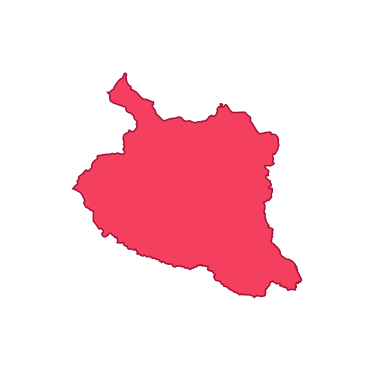 outline of Ribaue, Nampula, Mozambique, rotated 240°
{"feature_id": "85939544B68369930448432", "entity_name": "Ribaue", "entity_type": "district", "adm_level": 2, "iso_a3": "MOZ", "parent_name": "Mozambique", "parent_adm1": "Nampula", "projection": "mercator", "projection_center": [38.027, -15.017], "detail": "fine", "context": "isolated", "style": "filled", "palette": "rose", "viewbox_px": 384, "rotation_deg": 240, "n_neighbors": 0, "source": "geoboundaries", "source_scale": "gbopen_adm2", "svg_char_len": 6033}
<svg xmlns="http://www.w3.org/2000/svg" viewBox="0 0 384 384"><g transform="rotate(240 192 192)"><path d="M129.0,241.5L133.7,242.7L136.9,244.6L137.4,244.1L139.7,244.9L140.3,245.4L140.1,245.9L140.4,246.2L144.0,248.4L146.9,248.8L147.3,249.3L146.7,250.6L147.3,253.2L146.3,254.3L147.6,258.1L148.6,258.8L150.4,259.3L151.7,261.2L153.5,262.6L155.1,263.2L155.5,262.7L155.6,261.1L156.3,260.7L157.4,260.6L157.9,261.3L157.4,263.0L159.0,264.5L160.1,264.3L161.9,265.1L162.9,265.1L164.4,263.7L165.6,263.9L167.5,263.0L167.8,263.1L169.2,264.5L169.1,265.0L168.1,265.9L168.1,266.5L169.9,267.1L171.3,268.8L172.3,268.9L175.3,267.8L177.9,267.5L178.2,268.1L177.7,268.6L177.1,270.9L175.6,272.6L175.2,275.1L175.4,277.2L176.3,277.4L177.7,276.9L180.3,279.2L181.5,279.6L182.6,279.4L184.2,280.7L184.2,281.3L183.4,282.4L183.6,283.5L185.5,286.2L185.9,287.5L187.2,288.4L189.4,290.8L191.9,291.3L192.6,292.1L195.1,293.4L196.6,293.7L198.2,293.4L200.3,292.7L202.3,289.8L203.0,289.7L203.8,290.1L205.0,289.5L206.8,285.2L208.3,280.2L208.9,279.6L211.7,278.7L221.5,278.4L223.9,278.0L224.9,278.3L226.1,279.4L228.1,279.8L231.1,278.4L233.4,278.1L235.0,277.2L239.1,269.3L240.9,266.6L244.1,265.7L249.7,265.5L250.5,265.2L250.7,264.7L250.5,263.2L249.8,261.9L250.4,260.6L251.4,260.2L252.3,262.1L253.8,261.5L254.1,260.4L252.7,259.9L251.7,258.9L251.8,258.2L252.4,257.7L251.8,256.7L251.8,256.0L250.9,255.0L249.2,254.4L246.8,251.3L246.4,249.0L246.8,248.2L248.3,247.7L248.8,245.4L248.6,244.2L247.0,241.2L247.5,237.1L248.4,236.0L248.4,235.5L247.9,235.1L249.7,232.5L250.3,229.5L251.8,227.8L254.9,225.6L255.7,223.2L257.2,221.2L258.2,220.5L261.2,220.2L263.1,218.8L263.8,217.5L264.1,215.2L266.5,209.3L267.2,204.9L268.1,202.7L274.4,201.1L278.2,199.8L278.3,200.2L279.1,200.5L281.7,200.9L286.1,200.3L286.8,201.1L287.4,202.9L289.5,203.5L289.9,202.6L294.4,199.4L296.2,197.0L297.8,195.6L306.6,193.6L310.7,191.0L311.1,190.5L312.8,191.4L314.1,191.6L316.8,190.5L320.2,190.6L324.4,192.3L326.7,194.2L328.3,193.6L328.4,192.7L327.5,191.3L325.8,189.5L325.5,188.3L325.6,186.4L324.7,183.1L322.2,177.8L320.3,175.8L320.3,173.3L319.5,171.0L319.8,169.9L320.6,168.7L320.4,168.7L317.2,169.4L314.2,167.6L311.8,166.9L308.7,168.3L299.1,176.5L297.9,176.8L296.2,176.0L294.6,175.8L292.2,177.0L291.3,178.3L287.3,179.6L285.2,178.9L283.5,178.9L280.5,179.8L278.6,177.6L275.9,177.3L273.5,171.8L273.8,170.6L277.0,168.4L276.8,167.7L275.7,167.3L275.4,166.7L275.8,163.1L275.4,161.6L274.6,160.6L272.7,159.1L270.1,158.2L268.6,158.2L267.4,156.5L265.2,156.3L263.5,153.6L261.3,153.8L260.1,153.5L259.2,152.7L259.1,151.7L260.0,150.4L260.0,149.7L263.0,147.1L263.5,144.3L265.1,142.4L266.3,138.4L267.7,136.4L268.3,133.9L269.0,133.4L269.2,131.1L270.3,129.8L270.4,128.0L270.2,127.6L268.6,127.2L268.2,126.6L267.7,122.6L267.0,120.6L265.0,118.2L263.5,117.6L262.7,116.5L262.5,114.4L261.9,112.4L262.2,112.0L263.6,111.7L264.1,110.8L263.0,107.9L262.4,107.5L262.7,106.5L262.3,105.6L261.9,101.7L261.4,101.0L259.5,100.5L259.2,98.7L258.7,97.8L257.3,97.7L256.2,96.8L255.5,93.4L254.4,90.3L251.3,93.1L249.8,93.6L247.4,95.1L244.5,95.4L239.1,95.1L238.3,94.8L236.5,92.7L232.6,92.5L231.3,92.9L230.0,94.1L227.1,95.0L225.0,96.8L223.7,96.5L216.3,92.0L210.5,92.9L209.0,92.8L208.3,93.1L206.9,92.8L206.1,93.6L206.2,94.6L205.9,95.1L204.9,95.6L203.8,95.5L203.0,96.0L202.5,95.8L201.2,94.5L201.4,93.6L201.1,93.0L198.8,92.7L197.1,93.5L196.5,94.7L196.6,97.5L197.4,98.8L197.5,99.6L196.8,101.2L194.8,101.4L192.5,102.5L191.0,102.6L190.8,103.9L190.4,104.2L189.5,103.8L187.2,103.6L185.8,102.0L185.2,102.0L184.8,103.2L183.7,104.4L182.7,106.9L182.1,107.1L180.4,106.5L178.0,107.8L177.0,108.8L176.0,108.2L174.2,108.6L173.2,110.8L172.1,111.5L170.4,113.3L170.8,114.0L170.7,114.8L168.9,114.5L167.1,115.0L166.4,113.6L165.7,113.6L163.9,115.7L163.2,115.7L161.2,117.3L160.7,119.5L158.4,120.5L157.2,123.6L155.8,123.5L154.9,124.8L154.0,125.0L153.8,125.9L153.0,126.7L151.5,127.5L150.0,129.4L149.1,129.6L148.6,129.3L147.1,130.4L146.2,130.4L146.4,131.4L146.2,132.2L143.0,133.6L143.1,134.3L141.8,134.9L141.0,135.8L140.3,137.8L139.1,138.5L137.3,138.4L136.1,139.1L135.5,139.9L135.6,141.2L134.3,143.9L133.6,144.9L132.7,145.3L132.7,146.0L131.7,146.7L131.6,147.5L129.5,148.1L128.3,150.4L127.6,150.3L125.6,152.2L126.0,152.6L126.0,153.4L125.9,154.5L125.4,155.0L125.7,156.9L125.2,157.5L125.0,158.4L125.2,159.5L125.7,159.6L125.8,160.3L124.5,161.9L124.2,163.7L123.5,163.6L123.4,164.3L122.6,164.3L122.6,164.8L120.0,167.8L120.1,168.0L119.4,168.4L118.3,168.1L117.6,166.9L116.4,166.9L115.9,167.1L115.8,167.6L114.2,168.4L113.7,169.9L113.1,170.2L112.7,169.8L111.6,170.2L110.1,170.1L109.7,170.6L109.1,170.7L108.1,170.0L108.1,168.6L105.4,168.2L103.7,168.4L100.7,171.5L99.9,171.8L97.9,171.5L96.3,172.6L94.5,172.5L93.1,174.4L88.7,176.0L86.3,177.8L84.2,178.5L82.8,180.1L81.7,180.5L81.2,181.2L79.9,181.3L79.2,181.8L78.8,184.2L78.1,184.0L74.0,190.6L71.0,193.1L69.5,193.1L69.8,194.6L69.6,196.8L67.0,199.5L65.8,203.0L66.0,203.8L67.1,204.2L68.0,205.6L69.0,205.6L69.8,206.1L70.4,206.6L70.6,207.6L71.3,208.0L71.2,209.2L71.8,210.0L72.4,212.4L74.9,215.0L74.6,215.4L74.5,217.3L73.4,217.5L71.8,218.6L70.3,219.2L68.7,222.6L66.8,221.3L65.8,222.5L63.0,224.5L62.0,226.0L59.0,225.9L58.7,226.5L58.8,227.6L57.9,229.4L55.6,232.6L57.0,233.6L57.4,234.8L58.0,235.0L58.2,234.7L58.8,235.3L59.8,235.2L60.5,236.2L60.3,237.2L60.8,237.1L60.9,237.4L59.9,238.4L60.7,239.1L60.6,239.6L60.8,239.7L60.3,240.0L60.4,240.5L60.0,240.5L59.9,241.0L60.5,241.5L61.0,242.9L62.0,243.3L62.7,243.0L63.2,243.2L64.3,242.7L64.8,243.4L65.9,243.2L66.7,243.5L67.2,243.3L68.9,243.7L69.9,243.5L71.8,243.8L72.1,244.5L72.8,244.6L73.4,243.9L75.1,245.4L75.7,245.0L75.9,244.1L76.4,244.8L77.6,245.2L81.9,244.3L82.8,243.3L83.6,243.3L85.1,242.4L87.0,239.7L88.2,239.5L92.4,237.4L95.5,238.0L96.1,238.5L99.2,238.6L100.2,238.1L102.0,238.2L102.5,237.5L103.6,237.0L104.6,237.4L105.9,236.6L107.2,236.3L107.9,235.6L108.9,236.0L110.3,235.9L110.6,237.0L112.8,238.5L113.1,239.6L114.5,239.4L114.9,240.2L116.2,241.4L117.4,241.6L118.9,243.4L120.1,243.3L120.8,242.4L122.2,241.7L123.6,240.3L124.7,241.9L125.5,241.6L129.0,241.5Z" fill="#f43f5e" stroke="#9f1239" stroke-width="1.5"/></g></svg>